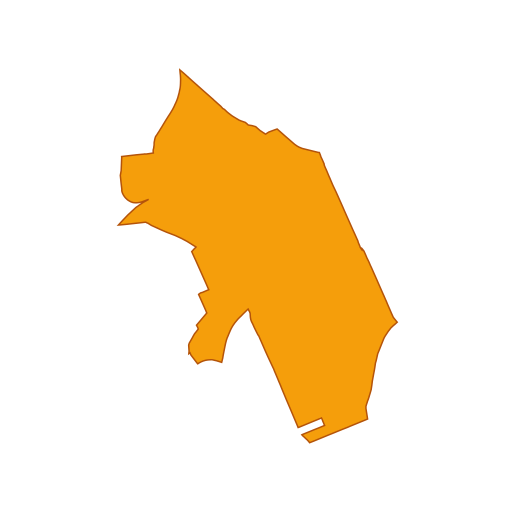 Strathfield, New South Wales, Australia, rotated 327°
{"feature_id": "25037944B1137671739470", "entity_name": "Strathfield", "entity_type": "district", "adm_level": 2, "iso_a3": "AUS", "parent_name": "Australia", "parent_adm1": "New South Wales", "projection": "orthographic", "projection_center": [151.074, -33.88], "detail": "fine", "context": "isolated", "style": "filled", "palette": "amber", "viewbox_px": 512, "rotation_deg": 327, "n_neighbors": 0, "source": "geoboundaries", "source_scale": "gbopen_adm2", "svg_char_len": 5627}
<svg xmlns="http://www.w3.org/2000/svg" viewBox="0 0 512 512"><g transform="rotate(327 256 256)"><path d="M365.5,203.7L364.6,203.0L357.4,195.3L354.4,192.1L354.0,191.7L353.7,191.3L353.3,190.9L353.0,190.5L352.7,190.0L352.2,189.3L352.0,189.0L351.7,188.6L351.2,187.8L350.8,187.0L350.4,186.3L350.1,185.5L349.8,184.8L349.5,184.1L349.2,183.3L349.0,182.6L345.9,171.8L342.9,161.0L340.9,160.5L336.5,159.5L334.2,159.0L330.4,159.0L330.0,158.3L329.8,157.7L329.7,157.3L329.5,157.1L328.3,154.2L327.8,153.2L327.7,152.9L327.6,152.5L326.6,148.9L326.4,148.1L326.3,147.9L326.3,147.7L326.2,147.5L326.0,147.2L325.9,147.0L325.7,146.8L323.6,144.4L321.1,142.2L320.9,141.9L320.7,141.5L320.4,140.0L320.2,139.7L320.0,138.6L319.7,138.0L316.9,134.4L315.7,132.6L312.9,126.8L312.3,125.5L311.4,123.0L310.7,121.0L310.2,119.4L309.4,115.9L309.2,115.5L308.8,114.8L308.5,114.3L308.0,111.1L307.0,107.6L305.5,102.0L305.4,101.5L303.7,95.3L302.0,89.3L300.5,83.8L298.4,76.2L295.0,63.5L293.5,58.5L292.0,61.3L291.0,63.3L289.8,65.4L288.7,67.2L287.6,68.8L286.5,70.4L285.4,71.9L284.2,73.4L282.9,74.8L282.4,75.2L280.4,77.3L279.7,77.9L279.1,78.4L278.5,79.0L277.9,79.5L276.7,80.6L274.6,82.2L272.4,83.7L270.1,85.1L269.1,85.8L267.9,86.5L265.6,87.8L263.9,88.6L262.3,89.4L260.3,90.3L258.9,90.9L257.2,91.7L255.2,92.6L249.2,95.5L247.2,96.5L245.6,97.2L242.3,98.8L240.6,99.5L239.0,100.3L236.9,101.1L236.0,101.8L235.2,102.5L234.4,103.2L233.7,104.0L232.9,104.8L232.2,105.6L231.6,106.5L231.0,107.4L230.3,108.2L229.6,109.0L229.3,109.4L228.9,109.8L228.4,110.3L228.1,110.5L227.8,110.8L227.5,111.2L227.2,111.5L227.0,111.9L226.7,112.3L226.5,112.7L226.0,113.7L224.7,113.1L219.7,110.8L219.1,110.4L218.8,110.3L218.4,109.9L217.3,109.4L211.0,106.1L197.5,99.4L197.2,100.0L189.4,111.0L186.1,114.5L182.5,121.5L179.7,127.2L179.4,127.5L179.2,127.8L178.6,129.1L178.2,130.8L178.0,132.7L178.0,134.5L178.2,136.3L178.5,137.5L178.8,138.8L179.3,140.0L179.9,141.2L180.5,142.3L180.7,142.6L181.0,143.0L181.5,143.6L181.7,143.9L182.4,144.6L183.2,145.2L184.0,145.8L184.8,146.3L185.7,146.8L187.4,147.6L189.1,148.2L190.9,148.7L195.9,149.8L196.8,150.0L196.7,150.0L195.7,150.0L190.6,149.6L187.4,149.7L181.7,149.9L170.8,151.8L168.7,152.3L166.6,152.8L164.0,153.4L157.5,155.1L158.2,155.5L158.5,155.6L158.7,155.8L164.7,158.9L176.4,164.8L181.8,167.5L182.0,167.7L182.5,168.7L183.2,169.6L184.9,173.3L190.3,181.8L191.4,183.5L193.8,187.1L199.4,194.8L202.9,200.4L206.1,206.1L209.7,213.9L210.4,215.2L210.6,215.8L209.4,216.1L208.3,216.3L207.9,216.4L204.5,217.3L203.4,224.4L203.3,225.2L203.2,226.0L198.9,253.2L198.1,257.9L198.0,258.4L198.0,258.5L191.0,257.3L190.5,257.1L190.0,256.9L189.4,256.8L188.9,256.8L188.3,256.8L187.8,256.8L187.2,256.9L186.9,257.0L186.8,257.7L186.8,257.9L184.2,274.3L183.8,276.2L183.7,277.0L169.2,281.4L168.4,281.6L168.2,284.1L167.8,285.8L163.6,287.3L163.4,287.3L162.7,287.6L162.0,287.8L161.3,288.2L160.6,288.5L157.7,290.1L153.0,292.5L152.8,292.6L152.6,292.7L152.4,292.9L152.2,293.0L151.8,293.4L151.6,293.5L151.3,293.9L151.1,294.0L150.8,294.4L148.0,299.4L146.5,301.3L147.9,301.2L147.5,303.6L148.3,314.2L148.4,314.7L149.4,314.7L150.4,314.7L151.5,314.8L152.5,314.9L153.5,315.1L154.6,315.3L155.6,315.6L156.6,315.9L157.6,316.3L158.5,316.7L159.5,317.2L160.4,317.7L161.6,318.4L162.7,319.1L163.5,319.9L164.6,321.1L165.8,322.3L167.9,324.8L169.3,326.5L172.4,323.6L174.4,321.4L176.7,319.0L181.1,314.5L183.1,312.5L185.2,310.6L186.9,309.2L189.3,307.6L190.7,306.6L192.5,305.4L193.7,304.6L195.1,303.7L196.7,302.8L198.7,301.8L201.9,300.5L206.4,299.1L207.7,298.8L210.2,298.3L210.4,298.3L213.9,297.5L216.4,297.0L218.8,296.5L220.5,296.2L220.3,297.9L220.2,299.5L219.8,301.0L218.2,303.8L217.6,305.0L216.9,306.8L216.5,308.6L216.2,311.4L215.6,315.1L215.1,319.2L214.7,323.0L214.7,323.8L214.8,324.6L214.4,326.8L213.6,331.7L212.7,337.1L212.0,341.3L211.1,347.2L209.4,359.4L209.4,359.9L208.8,362.6L208.2,366.1L207.2,371.6L206.8,373.7L206.1,377.7L205.5,380.7L203.2,393.1L202.7,396.0L201.5,402.9L199.7,413.0L198.5,419.8L197.9,422.8L199.1,423.1L208.8,424.9L213.7,425.8L222.7,427.5L222.6,428.1L222.5,429.0L222.1,430.8L221.9,431.7L221.8,432.6L221.4,434.4L221.2,435.5L220.3,435.3L214.8,434.3L209.9,433.3L204.0,432.2L198.4,431.1L197.1,430.9L197.2,432.0L197.6,433.3L198.5,437.0L198.8,438.1L199.1,439.9L199.3,441.8L203.8,442.7L216.6,445.1L219.3,445.6L222.3,446.2L227.0,447.1L228.1,447.3L233.9,448.4L239.7,449.6L242.2,450.0L258.0,453.0L260.8,453.5L265.1,443.9L265.4,443.4L265.6,443.1L265.9,442.6L266.4,441.9L267.9,440.6L269.4,439.4L270.7,438.3L272.0,437.4L273.1,436.5L273.5,436.2L275.0,434.9L275.6,434.4L276.8,433.4L278.3,432.1L279.7,430.9L282.9,427.3L284.9,424.9L285.5,424.2L289.1,420.4L290.4,419.0L293.1,416.2L295.2,413.9L298.0,410.7L299.0,409.9L300.1,408.9L304.7,404.4L305.2,404.0L307.4,402.5L311.2,399.8L318.3,394.8L319.5,394.1L320.9,393.4L325.0,391.6L325.6,391.3L328.0,390.5L329.9,389.8L333.7,389.1L334.0,389.1L335.0,389.0L338.4,388.4L338.3,387.8L337.9,384.0L337.8,382.9L337.8,381.6L338.0,380.5L338.4,377.8L339.2,373.2L339.6,370.7L340.1,367.8L340.7,364.6L340.8,363.7L341.6,359.0L341.8,357.6L342.9,350.8L343.9,344.7L344.5,341.1L345.7,333.5L346.5,328.6L346.8,326.2L347.5,322.2L347.6,321.4L347.9,318.7L348.0,317.8L348.5,315.2L349.2,310.8L349.2,310.4L349.1,309.4L349.0,308.2L348.9,307.5L348.2,308.3L348.1,306.4L348.1,305.6L348.3,304.9L348.5,304.0L349.2,300.1L349.6,299.1L350.9,290.8L351.5,286.7L352.3,281.7L353.7,272.9L354.7,266.6L355.3,263.1L356.3,256.9L356.5,255.5L357.4,249.9L357.7,247.9L358.0,246.0L359.0,238.5L359.9,233.3L360.3,231.2L360.6,229.1L361.2,225.8L361.8,222.5L362.2,219.8L362.7,217.1L363.1,216.2L363.3,215.8L364.1,210.9L364.4,208.6L364.6,207.6L364.9,206.7L365.5,203.7Z" fill="#f59e0b" stroke="#b45309" stroke-width="1.5"/></g></svg>